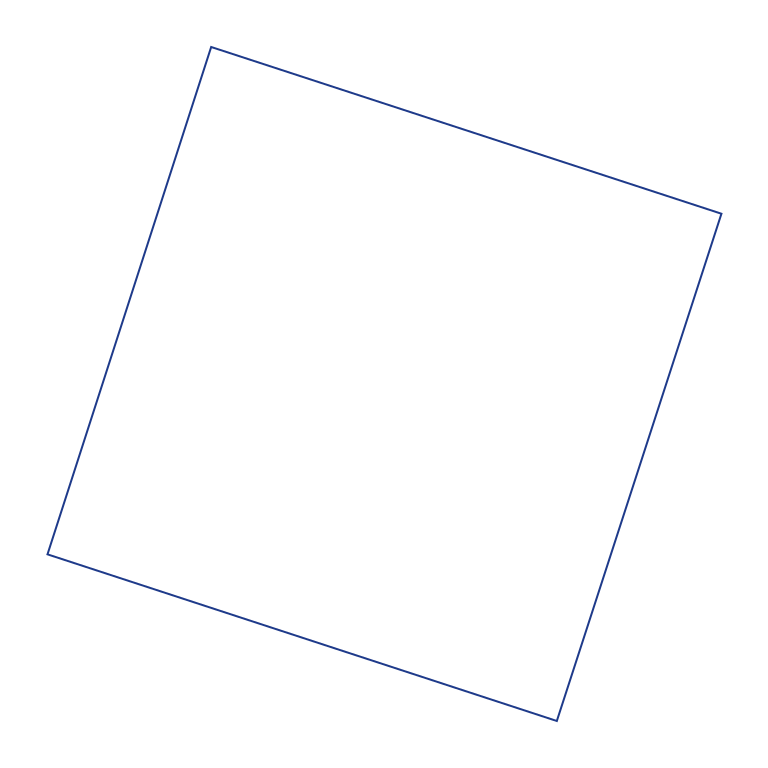 the district of Hancock, Iowa, United States of America, rotated 108°
{"feature_id": "52423323B74830272216287", "entity_name": "Hancock", "entity_type": "district", "adm_level": 2, "iso_a3": "USA", "parent_name": "United States of America", "parent_adm1": "Iowa", "projection": "mercator", "projection_center": [-93.782, 43.082], "detail": "fine", "context": "isolated", "style": "outline", "palette": "blue", "viewbox_px": 768, "rotation_deg": 108, "n_neighbors": 0, "source": "geoboundaries", "source_scale": "gbopen_adm2", "svg_char_len": 226}
<svg xmlns="http://www.w3.org/2000/svg" viewBox="0 0 768 768"><g transform="rotate(108 384 384)"><path d="M117.8,115.7L116.9,652.5L650.0,651.4L651.1,115.5L117.8,115.7Z" fill="none" stroke="#1e3a8a" stroke-width="2"/></g></svg>